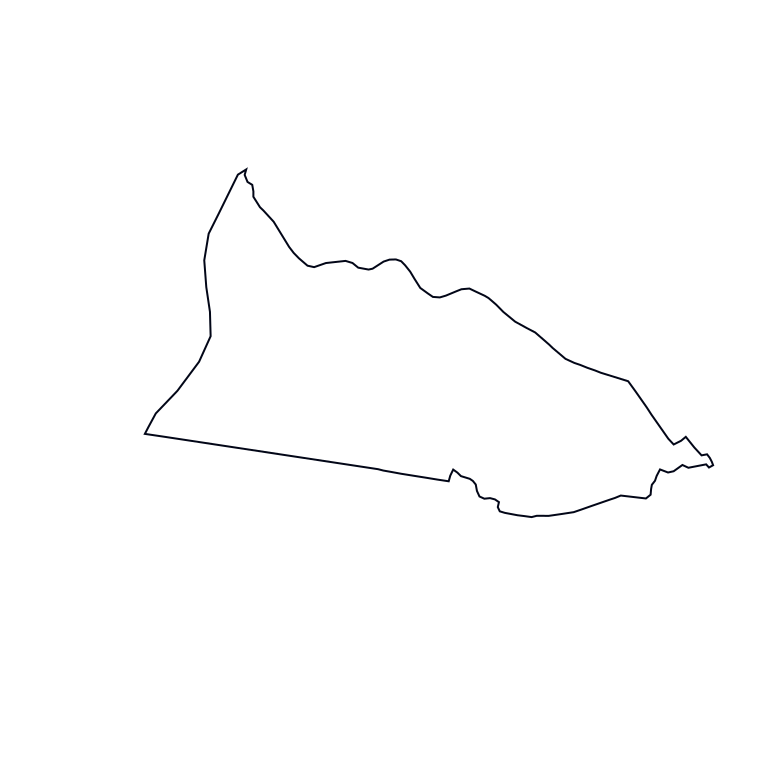 the district of Semienawi Mibrak, Maekel, Eritrea, rotated 235°
{"feature_id": "51966322B97443185109629", "entity_name": "Semienawi Mibrak", "entity_type": "district", "adm_level": 2, "iso_a3": "ERI", "parent_name": "Eritrea", "parent_adm1": "Maekel", "projection": "robinson", "projection_center": [38.952, 15.353], "detail": "fine", "context": "isolated", "style": "outline", "palette": "ink", "viewbox_px": 768, "rotation_deg": 235, "n_neighbors": 0, "source": "geoboundaries", "source_scale": "gbopen_adm2", "svg_char_len": 1774}
<svg xmlns="http://www.w3.org/2000/svg" viewBox="0 0 768 768"><g transform="rotate(235 384 384)"><path d="M638.8,394.2L639.3,384.4L618.4,346.4L607.7,326.6L588.4,307.7L565.3,294.0L542.9,282.8L522.6,269.4L508.3,245.3L496.9,210.8L490.8,180.2L483.9,166.4L480.3,159.5L466.1,174.5L317.6,330.3L313.5,333.8L307.9,339.4L300.7,346.5L291.5,356.0L283.0,364.8L275.0,373.0L267.2,381.2L270.9,385.7L274.2,391.6L269.3,393.3L264.4,394.2L257.1,399.9L253.6,401.2L249.0,401.5L243.1,398.8L237.1,397.7L232.5,400.4L229.7,405.4L225.8,408.7L221.3,410.4L217.9,406.6L213.3,405.8L209.1,409.1L199.9,418.1L195.4,423.1L190.3,428.6L188.4,433.6L181.5,443.3L175.8,454.6L170.2,465.9L167.8,474.2L164.9,484.6L163.4,489.8L161.5,496.5L159.7,502.8L158.2,507.8L156.8,514.0L140.0,532.9L140.4,538.9L144.7,542.5L147.8,545.6L149.3,550.5L152.3,554.6L155.7,561.1L148.6,565.9L146.4,571.2L146.5,582.0L140.8,585.3L133.4,601.8L129.2,602.3L128.7,607.0L132.2,607.9L136.6,608.5L141.1,608.3L143.4,603.2L153.9,601.8L167.6,600.9L167.1,594.8L168.3,586.6L176.1,585.5L183.5,585.5L196.0,585.5L205.4,585.5L214.2,585.8L223.0,585.8L233.5,585.8L246.2,585.6L264.3,571.6L268.8,568.1L274.1,564.6L280.6,559.9L287.2,555.6L292.1,552.0L300.5,547.1L316.8,542.8L321.5,541.9L339.5,537.4L347.8,533.1L359.8,527.2L374.5,523.1L384.7,521.4L394.5,518.9L398.5,517.1L407.0,512.2L413.2,508.7L417.2,501.8L418.5,496.3L420.9,485.4L422.9,479.4L427.3,474.0L433.2,471.8L441.9,468.8L452.7,469.3L461.0,469.9L469.1,469.4L474.7,468.5L479.2,465.2L482.7,459.9L484.5,453.9L485.0,440.8L486.6,437.0L494.1,429.6L501.2,427.6L506.9,423.1L516.4,405.8L519.8,393.8L524.8,389.2L535.8,386.4L543.2,385.2L550.8,384.9L580.2,386.7L595.4,384.7L599.9,383.8L612.3,384.4L616.7,387.5L622.7,390.3L627.8,388.1L635.2,389.8L638.8,394.2Z" fill="none" stroke="#020617" stroke-width="2"/></g></svg>